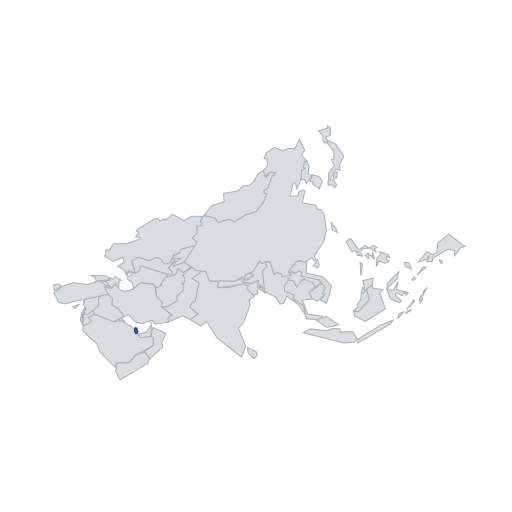 where Qatar sits in Asia, rotated 346°
{"feature_id": "QAT", "entity_name": "Qatar", "entity_type": "country or territory", "adm_level": 0, "iso_a3": "QAT", "parent_name": "Asia", "parent_adm1": "", "projection": "albers", "projection_center": [51.193, 25.359], "detail": "fine", "context": "in_parent", "style": "filled", "palette": "blue", "viewbox_px": 512, "rotation_deg": 346, "n_neighbors": 45, "source": "natural_earth", "source_scale": "50m", "svg_char_len": 13375}
<svg xmlns="http://www.w3.org/2000/svg" viewBox="0 0 512 512"><g transform="rotate(346 256 256)"><path d="M214.4,204.8L211.0,208.2L210.6,213.2L205.3,213.4L204.8,219.6L198.7,223.1L202.3,228.2L201.3,231.2L184.4,231.3L182.9,234.3L176.5,234.6L170.4,242.5L164.9,241.4L162.5,235.5L159.0,233.4L151.2,234.9L141.2,228.6L134.4,230.9L134.9,243.2L129.6,239.9L125.2,241.8L125.2,238.4L119.2,232.4L126.6,230.2L126.5,225.0L116.0,226.5L109.2,219.8L112.3,213.4L114.9,215.3L120.5,209.7L133.2,212.8L147.5,211.5L148.1,210.0L143.8,208.2L147.9,204.7L146.0,202.8L147.0,201.7L165.4,195.7L169.8,195.7L171.0,198.6L176.8,198.0L176.9,199.6L184.8,195.2L194.8,204.3L203.0,201.8L214.4,204.8Z" fill="#d9dde1" stroke="#a8b0b8" stroke-width="1"/><path d="M134.9,243.2L134.4,230.9L141.2,228.6L151.2,234.9L159.0,233.4L162.5,235.5L164.9,241.4L169.4,242.6L176.1,236.2L175.0,238.9L182.6,240.0L179.4,243.0L176.1,243.2L175.9,240.7L172.3,242.0L170.7,246.3L168.3,246.5L170.9,251.1L169.7,254.8L142.1,238.0L138.1,243.1L134.9,243.2Z" fill="#d9dde1" stroke="#a8b0b8" stroke-width="1"/><path d="M448.2,281.3L461.0,297.2L456.6,297.4L448.7,304.0L450.0,298.7L444.0,295.7L426.9,301.0L425.7,304.0L420.2,302.9L424.5,297.5L419.8,300.7L412.0,301.1L422.8,293.0L427.9,297.3L432.3,296.4L435.4,287.5L448.2,281.3ZM407.0,334.1L407.1,338.5L403.9,340.9L404.2,337.3L407.0,334.1ZM434.8,308.3L433.1,306.7L433.1,304.0L435.2,305.4L434.8,308.3ZM362.1,311.9L361.6,315.6L370.9,319.2L367.1,321.8L368.7,338.5L346.3,345.9L337.2,338.1L337.5,332.2L342.2,334.5L352.9,327.7L355.3,325.6L355.1,315.0L362.1,311.9ZM407.8,313.3L415.7,307.0L418.3,308.2L407.8,313.3ZM405.1,316.6L402.5,317.6L401.1,316.8L404.4,314.5L405.1,316.6ZM398.1,298.1L402.4,299.4L404.1,306.2L398.4,302.4L398.1,298.1ZM376.6,314.5L390.7,305.7L387.7,312.1L376.0,318.9L376.7,321.3L381.2,322.1L387.9,315.2L383.9,322.4L395.1,328.5L391.8,330.2L392.2,327.0L388.1,329.8L383.3,325.4L381.5,327.6L386.0,334.5L384.0,336.1L376.0,330.2L374.9,319.8L376.6,314.5ZM394.0,345.7L386.9,348.3L389.9,345.9L394.0,345.7ZM389.2,344.4L396.0,339.2L398.6,336.4L398.9,338.2L389.2,344.4ZM381.0,346.4L386.2,345.7L378.2,351.2L381.0,346.4ZM335.1,361.2L360.4,353.1L373.5,351.4L369.9,354.5L333.7,365.1L335.1,361.2ZM319.2,350.0L331.7,352.9L334.2,361.5L330.1,363.3L320.3,361.7L283.0,341.8L290.9,339.8L305.8,345.4L313.2,345.0L319.6,347.0L319.2,350.0Z" fill="#d9dde1" stroke="#a8b0b8" stroke-width="1"/><path d="M408.2,335.2L409.7,330.9L414.4,327.7L408.2,335.2Z" fill="#d9dde1" stroke="#a8b0b8" stroke-width="1"/><path d="M75.6,268.6L72.5,273.2L71.3,281.5L70.1,275.2L73.4,269.0L75.6,268.6Z" fill="#d9dde1" stroke="#a8b0b8" stroke-width="1"/><path d="M78.3,265.7L73.5,269.0L78.0,264.2L78.3,265.7Z" fill="#d9dde1" stroke="#a8b0b8" stroke-width="1"/><path d="M74.4,271.6L72.1,275.0L73.4,271.0L74.4,271.6Z" fill="#d9dde1" stroke="#a8b0b8" stroke-width="1"/><path d="M74.4,271.6L84.5,269.2L85.3,273.6L78.5,275.2L81.1,279.0L74.7,283.0L71.3,281.5L74.4,271.6Z" fill="#d9dde1" stroke="#a8b0b8" stroke-width="1"/><path d="M122.9,303.2L130.7,303.6L137.8,297.7L134.1,309.3L124.2,307.6L122.9,303.2Z" fill="#d9dde1" stroke="#a8b0b8" stroke-width="1"/><path d="M109.6,282.4L112.9,287.9L107.2,285.8L109.6,282.4Z" fill="#d9dde1" stroke="#a8b0b8" stroke-width="1"/><path d="M85.3,273.6L84.5,269.2L91.4,266.1L92.7,259.4L97.3,256.2L103.0,257.2L106.6,262.6L104.4,268.5L110.0,273.9L113.5,283.0L101.5,285.2L85.3,273.6Z" fill="#d9dde1" stroke="#a8b0b8" stroke-width="1"/><path d="M134.8,308.5L138.4,300.5L149.9,309.2L143.8,316.9L143.6,321.5L128.2,330.0L124.3,321.8L134.4,318.1L136.4,310.9L134.8,308.5ZM138.4,295.6L137.2,296.5L138.0,295.3L138.4,295.6Z" fill="#d9dde1" stroke="#a8b0b8" stroke-width="1"/><path d="M299.8,311.0L298.5,303.9L308.8,300.8L309.3,298.0L314.3,299.7L315.6,303.7L311.2,308.5L313.5,309.8L304.9,314.7L299.8,311.0Z" fill="#d9dde1" stroke="#a8b0b8" stroke-width="1"/><path d="M305.6,300.7L298.5,303.9L299.8,311.0L290.1,310.3L292.2,324.9L305.9,330.6L303.2,333.6L289.6,329.1L290.3,315.8L281.7,307.0L282.8,302.7L275.1,297.0L276.4,291.8L281.3,287.3L286.2,289.0L288.0,295.7L293.7,290.4L299.7,291.2L305.0,296.1L305.6,300.7Z" fill="#d9dde1" stroke="#a8b0b8" stroke-width="1"/><path d="M312.6,297.9L305.6,300.7L305.0,296.1L296.2,289.6L288.0,295.7L286.2,289.0L281.3,287.3L285.6,282.7L283.6,279.1L290.4,282.3L294.2,280.8L296.6,283.1L294.6,286.3L310.0,292.6L312.6,297.9Z" fill="#d9dde1" stroke="#a8b0b8" stroke-width="1"/><path d="M281.3,287.3L276.4,291.8L275.1,297.0L282.8,302.7L281.7,307.0L290.3,315.8L289.1,323.5L285.2,313.2L276.2,302.3L271.8,308.3L267.6,308.6L265.6,301.2L255.6,292.3L258.6,272.3L264.0,268.5L263.2,264.3L268.1,265.4L269.3,278.6L272.3,276.9L276.3,279.6L276.5,282.7L282.7,281.3L281.3,287.3Z" fill="#d9dde1" stroke="#a8b0b8" stroke-width="1"/><path d="M307.8,314.1L313.5,309.8L311.2,308.5L315.6,303.7L311.8,294.5L294.6,286.3L296.6,283.1L294.2,280.8L290.4,282.3L285.0,278.0L293.4,271.2L304.1,273.4L300.4,284.7L315.8,292.4L322.1,303.3L313.1,318.8L307.8,314.1Z" fill="#d9dde1" stroke="#a8b0b8" stroke-width="1"/><path d="M328.5,176.5L329.1,182.2L326.1,188.8L330.3,191.7L322.3,197.8L321.6,193.1L318.0,193.2L318.8,190.1L320.8,183.9L324.6,182.8L323.2,181.6L325.9,175.9L328.5,176.5Z" fill="#d9dde1" stroke="#a8b0b8" stroke-width="1"/><path d="M326.5,196.7L330.2,190.8L336.4,194.3L338.7,199.9L333.5,206.1L328.3,199.8L329.8,198.1L326.5,196.7Z" fill="#d9dde1" stroke="#a8b0b8" stroke-width="1"/><path d="M215.3,204.3L225.0,196.5L238.3,195.5L239.7,187.4L253.3,188.5L260.7,184.7L265.7,185.9L271.1,183.9L278.1,176.5L283.9,174.8L285.0,182.0L289.8,178.2L295.4,178.9L283.9,193.3L279.6,194.3L279.3,196.8L281.5,198.4L279.3,202.7L267.3,212.8L255.3,213.8L243.7,217.9L239.3,214.0L227.0,214.4L225.5,209.3L215.3,204.3Z" fill="#d9dde1" stroke="#a8b0b8" stroke-width="1"/><path d="M263.2,264.3L264.0,268.5L258.6,272.3L256.1,290.0L252.8,285.2L252.1,287.8L249.8,286.6L252.0,280.4L244.2,281.7L238.9,278.9L238.4,281.6L241.2,282.7L239.3,286.0L241.5,286.4L244.5,294.9L238.6,297.2L238.4,302.2L227.3,318.1L221.5,321.8L224.1,341.0L217.5,350.7L198.4,326.0L192.3,307.8L185.5,310.6L176.7,301.7L185.6,298.1L179.4,289.7L182.3,285.5L186.0,285.2L194.0,268.3L188.3,262.0L197.2,259.2L199.4,255.7L203.4,259.1L204.9,268.9L213.0,271.9L211.0,277.4L221.9,280.1L237.4,279.5L237.8,273.2L239.1,276.5L242.2,277.0L249.0,274.4L247.0,271.6L258.2,261.6L259.8,264.9L263.2,264.3Z" fill="#d9dde1" stroke="#a8b0b8" stroke-width="1"/><path d="M252.8,285.2L256.6,295.0L251.4,288.8L248.5,289.6L248.8,293.1L244.6,293.5L239.3,286.0L241.2,282.7L238.4,281.6L238.9,278.9L244.2,281.7L252.0,280.4L249.8,286.6L252.1,287.8L252.8,285.2Z" fill="#d9dde1" stroke="#a8b0b8" stroke-width="1"/><path d="M247.0,271.6L249.0,274.4L239.1,276.5L241.4,271.3L247.0,271.6Z" fill="#d9dde1" stroke="#a8b0b8" stroke-width="1"/><path d="M236.1,274.4L237.4,279.5L234.8,280.2L211.0,277.4L214.0,270.8L228.9,275.2L236.1,274.4Z" fill="#d9dde1" stroke="#a8b0b8" stroke-width="1"/><path d="M199.4,255.7L197.2,259.2L188.3,262.0L194.0,268.3L186.0,285.2L182.3,285.5L179.4,289.7L185.6,298.1L176.7,301.7L170.2,296.3L154.7,299.0L155.6,294.8L160.0,292.6L151.5,282.3L156.8,283.7L168.3,280.6L169.5,275.4L176.4,272.4L181.5,255.3L190.7,251.6L194.4,255.3L199.4,255.7Z" fill="#d9dde1" stroke="#a8b0b8" stroke-width="1"/><path d="M160.8,255.9L173.6,254.2L177.6,249.0L181.4,254.5L185.1,251.3L190.7,251.6L180.1,257.1L181.6,260.1L180.1,264.5L177.2,264.8L178.7,266.9L176.4,272.4L169.5,275.4L168.3,280.6L156.8,283.7L151.5,282.3L154.0,278.9L149.7,271.3L151.0,261.9L156.3,262.3L160.8,255.9Z" fill="#d9dde1" stroke="#a8b0b8" stroke-width="1"/><path d="M169.7,254.8L170.9,251.1L168.3,246.5L175.9,240.7L177.3,243.0L173.3,246.0L185.1,244.5L190.0,250.7L181.4,254.5L177.6,249.0L173.6,254.2L169.7,254.8Z" fill="#d9dde1" stroke="#a8b0b8" stroke-width="1"/><path d="M176.1,236.2L182.9,234.3L184.4,231.3L201.3,231.2L185.1,244.5L173.3,246.0L173.3,244.0L182.6,240.0L175.0,238.9L176.1,236.2Z" fill="#d9dde1" stroke="#a8b0b8" stroke-width="1"/><path d="M125.2,241.8L129.6,239.9L133.5,243.4L138.1,243.1L142.1,238.0L165.7,252.4L165.8,254.5L163.5,253.7L154.1,262.9L151.0,261.9L150.5,258.9L139.2,254.3L129.5,257.5L129.3,251.4L125.8,247.8L126.4,244.9L131.5,244.5L128.6,240.6L126.1,244.0L125.2,241.8Z" fill="#d9dde1" stroke="#a8b0b8" stroke-width="1"/><path d="M113.5,283.0L110.0,273.9L104.4,268.5L106.6,262.6L101.6,254.4L101.5,249.3L107.2,252.0L112.7,249.2L115.9,256.2L120.6,258.7L129.2,258.3L137.2,254.1L150.5,258.9L149.7,271.3L154.0,278.9L151.5,282.3L160.0,292.6L155.6,294.8L154.7,299.0L141.4,297.5L139.9,293.2L128.9,294.1L122.6,290.4L118.3,282.3L113.5,283.0Z" fill="#d9dde1" stroke="#a8b0b8" stroke-width="1"/><path d="M75.1,270.6L78.3,265.7L76.7,261.2L79.7,256.6L96.0,256.6L92.7,259.4L91.4,266.1L78.3,272.3L75.1,270.6Z" fill="#d9dde1" stroke="#a8b0b8" stroke-width="1"/><path d="M108.2,251.9L100.4,246.5L100.3,243.6L105.8,244.8L108.2,251.9Z" fill="#d9dde1" stroke="#a8b0b8" stroke-width="1"/><path d="M103.0,257.2L79.7,256.6L77.6,259.9L78.0,257.0L73.8,256.0L59.0,256.2L53.4,253.4L51.0,243.1L60.6,238.7L72.7,237.8L85.7,243.0L97.8,241.8L103.5,248.5L101.5,249.3L103.0,257.2ZM52.4,235.2L57.6,235.5L59.9,238.4L52.0,240.9L52.4,235.2Z" fill="#d9dde1" stroke="#a8b0b8" stroke-width="1"/><path d="M233.0,348.9L233.3,352.4L229.0,355.2L225.0,348.3L225.5,342.5L233.0,348.9Z" fill="#d9dde1" stroke="#a8b0b8" stroke-width="1"/><path d="M313.4,282.2L309.1,279.6L314.6,274.3L315.3,279.4L313.4,282.2ZM185.1,244.5L202.3,228.2L198.7,223.1L204.8,219.6L205.3,213.4L210.6,213.2L211.0,208.2L215.3,204.3L225.5,209.3L227.0,214.4L239.3,214.0L243.7,217.9L255.3,213.8L267.3,212.8L276.8,205.2L281.5,198.4L279.3,196.8L279.6,194.3L283.9,193.3L290.5,182.9L295.7,180.0L289.8,178.2L283.8,181.2L283.9,174.8L289.4,170.9L289.9,164.1L287.4,162.7L290.9,158.4L299.8,155.2L308.5,160.8L312.9,159.2L319.3,161.2L326.7,153.4L328.8,165.2L324.5,168.8L328.5,176.5L325.9,175.9L323.2,181.6L324.6,182.8L320.8,183.9L318.0,193.2L311.9,200.8L312.0,194.7L309.9,194.0L303.4,206.2L311.5,208.0L313.1,204.2L317.7,203.3L319.0,204.6L313.9,215.6L326.7,221.3L326.8,225.4L330.5,226.7L332.3,232.3L330.3,248.4L325.4,258.2L312.6,270.1L313.1,273.9L311.6,274.9L309.8,271.4L300.7,273.9L298.3,271.2L293.4,271.2L283.6,279.1L285.6,282.7L276.5,282.7L276.3,279.6L272.3,276.9L269.3,278.6L268.1,265.4L264.8,263.4L259.8,264.9L258.2,261.6L249.3,270.4L241.4,271.3L238.8,275.8L237.8,273.2L228.9,275.2L204.9,268.9L203.4,259.1L194.4,255.3L185.1,244.5Z" fill="#d9dde1" stroke="#a8b0b8" stroke-width="1"/><path d="M337.0,241.6L340.5,249.8L340.8,253.0L336.2,249.2L337.0,241.6Z" fill="#d9dde1" stroke="#a8b0b8" stroke-width="1"/><path d="M108.3,241.4L112.2,243.9L114.4,241.7L119.4,247.0L117.0,247.3L115.0,253.6L112.7,249.2L108.2,251.9L105.8,247.9L104.2,243.3L108.5,244.1L108.3,241.4ZM107.2,252.0L105.2,251.4L103.5,248.5L106.1,249.4L107.2,252.0Z" fill="#d9dde1" stroke="#a8b0b8" stroke-width="1"/><path d="M90.9,235.0L105.8,239.1L108.9,243.7L94.8,241.7L94.8,238.0L90.9,235.0Z" fill="#d9dde1" stroke="#a8b0b8" stroke-width="1"/><path d="M359.4,281.9L354.3,279.7L358.7,278.8L359.4,281.9ZM370.3,288.2L366.9,282.8L369.2,283.9L369.8,279.6L370.3,288.2ZM376.5,281.5L384.6,286.7L385.2,290.0L382.2,287.8L381.7,290.2L383.9,293.6L379.2,294.2L374.3,290.5L370.1,295.5L372.4,288.2L378.1,283.6L376.5,281.5ZM357.3,289.6L353.0,300.6L355.4,287.5L357.3,289.6ZM352.0,261.8L357.1,274.6L364.8,272.3L367.4,275.8L362.1,274.8L354.6,278.0L354.5,275.3L349.8,274.5L346.8,263.7L352.0,261.8ZM364.8,285.8L361.9,281.7L366.2,280.4L364.8,285.8ZM372.4,274.2L375.3,277.0L372.5,277.7L373.9,281.5L367.9,275.4L372.4,274.2Z" fill="#d9dde1" stroke="#a8b0b8" stroke-width="1"/><path d="M298.6,332.6L309.7,331.6L319.5,342.8L307.6,342.4L298.6,332.6ZM362.1,311.9L355.1,315.0L355.3,325.6L342.2,334.5L339.0,334.0L337.5,332.2L342.9,330.2L342.4,327.4L347.3,323.5L349.2,317.2L353.4,315.8L353.8,305.7L364.3,305.8L362.1,311.9Z" fill="#d9dde1" stroke="#a8b0b8" stroke-width="1"/><path d="M352.0,312.3L353.4,315.8L351.6,317.9L349.2,317.2L352.0,312.3Z" fill="#d9dde1" stroke="#a8b0b8" stroke-width="1"/><path d="M360.3,166.6L365.3,180.5L359.3,187.4L358.3,193.2L354.2,191.2L345.7,200.2L349.7,200.7L351.4,206.7L348.6,208.8L347.5,205.7L343.0,204.6L346.6,193.0L353.8,187.5L352.5,180.8L355.1,180.9L356.8,173.5L352.5,164.0L354.5,161.6L360.3,166.6ZM355.9,149.3L356.5,146.9L359.3,149.4L357.1,156.8L352.3,157.8L353.4,161.6L351.0,163.6L348.6,161.2L350.3,156.3L347.0,149.7L355.9,149.3ZM350.0,199.1L351.9,193.9L355.1,194.0L353.1,200.2L350.0,199.1Z" fill="#d9dde1" stroke="#a8b0b8" stroke-width="1"/><path d="M124.3,321.8L128.2,330.0L125.0,333.8L94.3,343.3L91.8,334.2L95.0,326.0L107.2,328.8L114.6,323.1L124.3,321.8Z" fill="#d9dde1" stroke="#a8b0b8" stroke-width="1"/><path d="M71.4,282.0L79.5,280.6L81.1,279.0L78.5,275.2L85.3,273.6L101.5,285.2L110.0,286.2L118.3,294.5L124.2,307.6L134.8,308.5L136.4,310.9L134.4,318.1L114.6,323.1L107.2,328.8L95.0,326.0L92.6,330.2L81.7,311.9L80.4,303.2L69.8,286.5L71.4,282.0Z" fill="#d9dde1" stroke="#a8b0b8" stroke-width="1"/><path d="M73.0,259.9L67.8,263.1L65.9,260.9L73.0,259.9Z" fill="#d9dde1" stroke="#a8b0b8" stroke-width="1"/><path d="M121.8,301.9L121.6,302.0L121.3,302.1L121.1,302.1L120.9,302.1L120.5,301.7L120.4,301.3L120.5,301.1L120.5,300.9L120.3,299.9L120.2,299.1L120.4,298.8L120.6,298.4L120.7,298.0L121.0,297.1L121.3,296.7L121.8,296.5L122.2,297.0L122.7,297.3L122.8,297.8L122.7,298.1L122.5,298.7L122.6,298.9L122.7,299.2L122.8,299.5L122.9,300.0L122.9,300.4L122.9,300.7L122.7,300.9L122.4,301.7L122.3,301.8L121.8,301.9Z" fill="#3b82f6" stroke="#1e3a8a" stroke-width="1.5"/></g></svg>